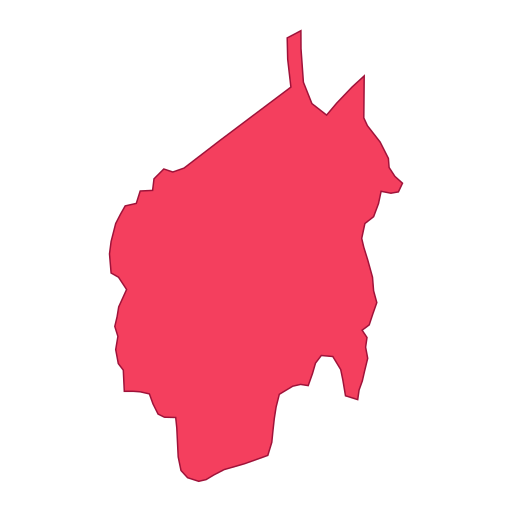 Jesúpolis, Goiás, Brazil (Equal Earth projection)
{"feature_id": "56859067B61262762044018", "entity_name": "Jesúpolis", "entity_type": "district", "adm_level": 2, "iso_a3": "BRA", "parent_name": "Brazil", "parent_adm1": "Goiás", "projection": "equal_earth", "projection_center": [-49.407, -15.96], "detail": "fine", "context": "isolated", "style": "filled", "palette": "rose", "viewbox_px": 512, "rotation_deg": 0, "n_neighbors": 0, "source": "geoboundaries", "source_scale": "gbopen_adm2", "svg_char_len": 1288}
<svg xmlns="http://www.w3.org/2000/svg" viewBox="0 0 512 512"><path d="M124.3,391.3L133.2,391.3L140.2,391.8L149.4,393.9L153.0,403.9L158.1,414.1L164.4,417.2L175.7,417.5L176.8,428.1L178.2,456.9L181.0,470.5L187.6,477.7L198.7,481.3L206.1,479.6L213.9,474.9L224.1,469.6L244.6,463.7L267.8,455.4L271.8,442.3L272.9,431.2L274.3,418.5L276.1,407.0L279.3,394.3L292.7,386.2L300.6,384.4L308.2,385.6L312.5,373.5L315.5,363.1L321.3,355.5L332.8,356.5L340.7,369.5L342.8,379.7L345.5,395.8L357.7,399.6L359.1,389.9L362.3,381.0L364.6,371.0L367.7,358.3L365.6,347.2L367.0,337.5L362.1,330.2L369.2,324.9L372.9,313.7L376.8,302.6L373.6,290.8L372.5,277.2L367.8,260.2L363.8,247.3L361.7,238.4L364.9,223.5L373.6,216.7L378.5,203.6L381.1,191.3L390.9,193.2L398.4,191.9L402.5,183.2L394.9,176.4L389.1,167.5L388.4,158.4L380.1,142.0L367.4,125.7L363.8,117.9L364.2,75.9L352.2,86.9L336.8,103.0L326.6,115.1L311.9,103.6L303.4,82.2L301.0,48.7L300.9,30.7L287.2,37.9L287.7,59.3L290.9,87.1L221.2,139.5L184.0,168.1L172.8,172.0L163.8,169.0L154.0,178.8L152.6,190.4L140.2,191.0L136.3,203.4L125.2,205.9L120.5,214.2L115.7,223.5L111.1,241.5L109.5,253.9L111.1,273.0L118.5,277.2L126.6,289.5L118.7,306.9L117.1,316.7L114.8,326.4L117.9,336.4L115.7,349.6L118.3,363.6L123.3,370.1L124.3,391.3Z" fill="#f43f5e" stroke="#9f1239" stroke-width="1.5"/></svg>